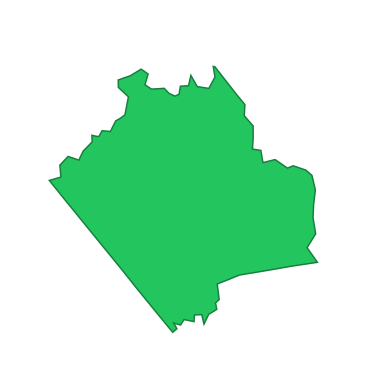 Fayette, Pennsylvania, United States of America, rotated 51°
{"feature_id": "52423323B77989580775491", "entity_name": "Fayette", "entity_type": "district", "adm_level": 2, "iso_a3": "USA", "parent_name": "United States of America", "parent_adm1": "Pennsylvania", "projection": "equal_earth", "projection_center": [-79.699, 39.932], "detail": "fine", "context": "isolated", "style": "filled", "palette": "green", "viewbox_px": 384, "rotation_deg": 51, "n_neighbors": 0, "source": "geoboundaries", "source_scale": "gbopen_adm2", "svg_char_len": 1119}
<svg xmlns="http://www.w3.org/2000/svg" viewBox="0 0 384 384"><g transform="rotate(51 192 192)"><path d="M107.8,96.5L117.1,101.8L122.1,113.7L113.4,121.6L100.7,119.5L107.2,127.8L102.5,134.4L107.9,140.6L106.8,144.8L101.0,147.8L94.0,148.3L86.5,158.8L79.0,161.0L72.7,151.9L64.5,154.2L62.8,166.8L58.5,178.8L64.4,183.4L78.0,181.5L89.8,195.5L89.7,200.4L88.7,206.5L93.6,217.3L87.8,223.3L90.1,229.1L90.1,229.7L89.2,230.6L88.2,231.5L84.9,234.1L90.2,238.0L91.7,250.7L96.0,259.9L86.4,265.9L88.0,277.8L97.9,284.5L93.2,295.6L116.7,295.7L116.8,295.7L133.6,295.6L150.1,295.6L207.3,295.4L208.2,295.4L230.6,295.6L257.4,295.5L288.9,295.3L288.8,289.8L282.3,288.7L288.2,284.6L286.1,278.5L294.0,272.0L289.1,267.5L293.4,261.6L302.2,265.8L297.6,256.0L298.8,246.6L293.0,243.5L292.7,238.6L279.4,230.3L286.4,207.4L305.5,173.6L311.8,162.2L325.5,138.8L307.7,137.6L302.3,122.2L288.1,114.1L277.9,105.0L268.0,94.8L254.5,88.3L246.5,89.8L235.3,96.9L233.5,102.8L219.1,107.0L213.8,118.4L203.0,112.3L196.7,118.0L189.1,111.0L179.1,102.9L165.6,103.4L157.4,95.9L143.9,96.0L109.2,95.4L107.8,96.5Z" fill="#22c55e" stroke="#15803d" stroke-width="1.5"/></g></svg>